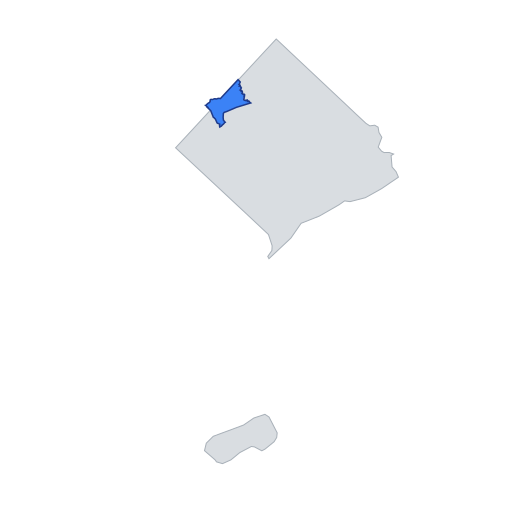 Mongomo, Wele-Nzás, Equatorial Guinea (highlighted), rotated 223°
{"feature_id": "11065452B93694652116414", "entity_name": "Mongomo", "entity_type": "district", "adm_level": 2, "iso_a3": "GNQ", "parent_name": "Equatorial Guinea", "parent_adm1": "Wele-Nzás", "projection": "equal_earth", "projection_center": [11.198, 1.625], "detail": "fine", "context": "in_parent", "style": "filled", "palette": "blue", "viewbox_px": 512, "rotation_deg": 223, "n_neighbors": 0, "source": "geoboundaries", "source_scale": "gbopen_adm2", "svg_char_len": 3862}
<svg xmlns="http://www.w3.org/2000/svg" viewBox="0 0 512 512"><g transform="rotate(223 256 256)"><path d="M388.6,280.3L388.7,309.7L388.8,334.5L389.0,361.4L389.1,389.4L389.2,413.1L389.2,428.5L370.0,428.4L344.3,428.3L318.7,428.2L293.1,428.1L280.3,428.0L266.1,428.0L261.5,428.8L258.4,432.6L254.6,433.5L250.3,430.2L244.9,428.6L243.5,425.2L240.9,419.0L235.6,418.3L232.9,419.0L229.1,422.6L224.9,424.4L225.7,421.6L217.2,413.9L211.1,413.2L205.6,410.8L210.1,390.9L215.8,373.2L224.3,359.9L228.8,356.7L230.2,350.1L236.9,328.4L245.3,310.7L242.7,292.9L244.7,262.9L247.1,263.7L247.5,266.6L248.1,270.8L251.2,274.5L261.5,280.2L292.4,280.3L310.8,280.3L338.0,280.3L366.7,280.3L388.6,280.3ZM144.5,78.5L146.8,79.0L160.9,78.5L164.7,85.2L164.3,95.0L149.8,123.9L147.1,136.0L141.5,146.3L136.6,147.1L119.9,141.1L117.1,137.4L116.1,132.5L117.7,121.0L118.9,117.5L127.0,115.3L129.5,113.5L133.8,101.1L135.3,89.8L138.9,81.3L144.5,78.5Z" fill="#d9dde1" stroke="#a8b0b8" stroke-width="1"/><path d="M369.7,332.8L372.4,333.1L374.6,335.0L375.6,336.2L376.4,337.2L377.0,337.8L377.2,338.7L377.2,339.5L376.8,340.1L376.6,340.5L376.0,341.6L371.7,351.4L364.2,364.4L364.3,364.4L364.5,364.3L364.7,364.1L365.7,364.2L365.8,364.3L366.0,364.4L366.2,364.5L366.3,364.5L366.3,364.4L366.5,364.1L366.8,364.0L367.0,363.8L367.0,364.0L367.3,364.2L367.5,364.1L367.7,363.8L368.0,363.6L368.4,364.0L368.5,364.1L368.8,364.2L369.1,363.8L369.1,363.7L369.0,363.4L369.0,363.2L369.3,363.0L369.3,362.9L369.5,362.9L369.5,363.0L369.7,362.9L369.9,362.7L369.9,362.4L370.4,362.2L370.5,362.2L370.8,361.9L371.0,361.9L371.1,362.0L371.4,362.1L371.7,362.1L371.9,362.3L372.0,362.4L372.1,362.9L372.1,363.0L372.3,363.3L372.6,363.7L372.9,363.9L373.0,364.0L373.0,364.3L373.0,364.5L373.3,364.6L373.5,364.6L373.5,364.9L373.5,365.0L373.7,365.3L373.9,365.4L373.9,365.5L374.0,365.8L374.1,366.1L374.3,366.2L374.5,366.2L374.8,365.8L374.9,365.7L375.0,365.6L375.3,365.6L375.5,365.4L375.8,365.4L375.8,365.5L375.9,365.4L376.0,365.4L376.3,365.4L376.3,365.5L376.5,365.6L376.8,365.4L377.0,365.3L377.0,365.5L377.1,365.8L377.3,366.0L377.5,366.2L377.5,366.3L377.8,366.3L378.0,366.6L378.1,366.8L378.2,367.0L378.3,367.0L378.5,367.0L378.6,366.9L378.6,367.0L378.8,367.1L379.0,367.2L379.3,366.9L379.4,367.0L379.5,367.0L379.8,366.9L379.9,366.7L380.0,366.6L380.2,366.8L380.3,366.8L380.5,366.9L380.8,366.7L380.8,366.8L380.8,367.0L380.9,367.3L380.9,367.6L380.9,367.8L381.0,367.9L381.1,368.0L381.2,368.3L381.2,368.5L381.3,368.8L381.4,369.0L381.5,369.0L381.8,368.9L381.9,369.0L382.0,368.9L382.1,369.0L382.3,369.2L382.4,369.3L382.5,369.3L382.8,369.3L382.9,369.2L383.0,369.2L383.1,369.3L383.3,369.4L383.4,369.5L383.5,369.5L383.6,369.4L383.8,369.3L383.9,369.2L383.9,369.3L384.0,369.5L384.2,369.9L384.2,370.0L384.3,370.0L384.6,370.1L384.8,370.0L384.8,369.9L384.9,370.0L385.0,370.0L385.3,370.1L385.5,370.0L385.5,370.5L385.6,370.9L385.8,371.3L385.9,371.6L386.0,372.0L386.2,372.5L388.7,372.7L389.1,372.6L389.4,372.7L389.4,346.9L390.1,346.4L390.4,346.2L390.8,345.9L391.0,345.5L391.2,345.4L391.4,345.1L391.6,344.7L391.7,344.4L391.8,344.1L392.1,343.8L392.3,343.6L392.7,343.5L392.9,343.1L393.1,343.0L393.3,342.9L393.7,342.6L394.0,341.9L394.2,341.4L394.5,340.8L394.8,340.5L395.3,340.2L395.7,339.9L395.9,339.5L395.9,339.0L395.9,338.7L395.5,338.4L395.2,338.2L395.0,337.9L394.9,337.5L394.9,337.1L394.7,336.7L394.8,336.1L395.1,335.6L395.2,335.0L395.3,334.5L395.3,333.8L395.4,333.3L395.5,332.8L395.4,332.2L395.2,331.9L395.3,331.8L392.9,331.9L393.1,331.5L388.2,331.4L381.7,328.3L380.8,328.6L379.9,328.4L379.2,328.5L375.3,326.8L374.8,326.8L373.5,327.3L372.4,327.7L371.5,326.3L370.4,325.6L370.3,325.9L370.3,326.2L370.3,326.6L370.0,327.1L369.9,327.4L369.9,327.7L370.0,327.9L370.0,328.0L370.1,328.4L370.1,328.5L369.9,328.8L370.0,329.0L369.9,329.6L369.8,329.9L369.8,330.4L369.8,330.9L369.8,331.3L369.9,331.7L369.9,332.2L369.7,332.8Z" fill="#3b82f6" stroke="#1e3a8a" stroke-width="1.5"/></g></svg>